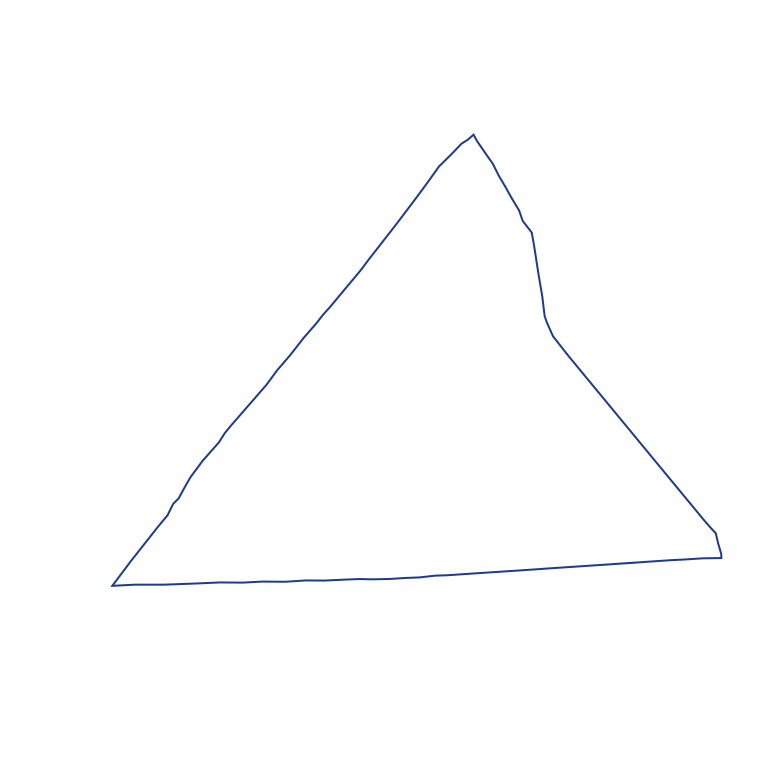 Ain Al-Tamur, Karbala', Iraq, rotated 80°
{"feature_id": "34846034B94422481549269", "entity_name": "Ain Al-Tamur", "entity_type": "district", "adm_level": 2, "iso_a3": "IRQ", "parent_name": "Iraq", "parent_adm1": "Karbala'", "projection": "orthographic", "projection_center": [43.515, 32.483], "detail": "fine", "context": "isolated", "style": "outline", "palette": "blue", "viewbox_px": 768, "rotation_deg": 80, "n_neighbors": 0, "source": "geoboundaries", "source_scale": "gbopen_adm2", "svg_char_len": 1095}
<svg xmlns="http://www.w3.org/2000/svg" viewBox="0 0 768 768"><g transform="rotate(80 384 384)"><path d="M535.6,686.6L538.3,664.6L543.4,635.6L547.6,605.4L550.9,580.3L555.1,557.4L557.4,538.5L561.6,515.6L563.9,494.9L567.2,477.1L569.5,459.2L571.8,441.9L574.2,430.2L576.9,412.9L578.8,396.1L580.7,382.2L580.8,380.0L581.6,367.1L583.4,354.3L584.3,345.9L607.3,132.3L609.1,117.8L611.0,100.5L614.0,82.0L610.1,81.4L598.9,82.6L588.6,83.2L582.3,87.3L573.5,92.6L393.5,194.6L386.9,198.3L366.5,209.2L351.9,212.9L345.0,214.0L325.0,212.9L303.0,212.8L275.7,212.2L260.6,212.2L247.4,219.1L236.6,220.8L221.5,226.6L211.2,230.1L199.0,234.7L185.8,238.7L176.0,243.3L160.9,250.2L154.0,252.5L157.9,258.9L160.8,265.9L170.1,278.7L179.3,292.0L193.0,306.0L205.2,318.8L214.9,329.2L230.0,345.5L259.3,378.0L267.6,386.8L284.2,406.5L293.0,416.9L298.9,423.9L305.2,432.0L312.6,440.2L324.8,455.3L339.4,471.5L351.7,486.6L364.4,499.9L398.7,542.3L404.6,549.2L412.9,556.8L428.1,575.9L441.8,590.4L450.7,597.9L461.0,606.1L465.4,612.4L475.7,620.0L486.5,632.7L515.0,664.6L535.6,686.6Z" fill="none" stroke="#1e3a8a" stroke-width="2"/></g></svg>